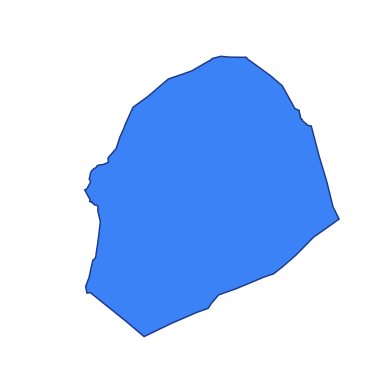 Erdenecagaan, Sühbaatar, Mongolia (orthographic projection), rotated 158°
{"feature_id": "93677404B19681848213060", "entity_name": "Erdenecagaan", "entity_type": "district", "adm_level": 2, "iso_a3": "MNG", "parent_name": "Mongolia", "parent_adm1": "Sühbaatar", "projection": "orthographic", "projection_center": [115.133, 46.001], "detail": "fine", "context": "isolated", "style": "filled", "palette": "blue", "viewbox_px": 384, "rotation_deg": 158, "n_neighbors": 0, "source": "geoboundaries", "source_scale": "gbopen_adm2", "svg_char_len": 2417}
<svg xmlns="http://www.w3.org/2000/svg" viewBox="0 0 384 384"><g transform="rotate(158 192 192)"><path d="M63.8,220.4L63.8,220.7L63.7,220.9L63.7,221.0L63.5,221.4L63.5,221.5L63.4,221.7L63.2,221.8L63.0,222.0L62.9,222.2L62.8,222.3L62.8,222.5L62.9,222.8L63.1,223.3L62.9,223.5L62.9,223.8L62.9,224.0L62.8,224.4L62.8,224.6L62.7,224.8L62.7,225.1L62.6,225.5L62.6,225.9L62.6,226.0L62.4,226.5L62.2,226.9L62.1,227.3L62.2,227.5L62.3,227.7L62.3,227.8L62.4,228.0L62.5,228.1L63.1,228.3L63.4,228.5L63.4,228.8L63.5,228.9L63.5,229.0L63.9,229.2L64.1,229.4L64.2,229.5L64.8,230.3L65.0,230.6L65.3,230.7L65.4,231.1L68.5,256.6L75.8,270.7L90.5,294.2L91.3,296.7L92.1,297.0L95.7,298.4L100.7,300.5L107.5,303.4L114.4,307.0L118.7,307.6L122.1,308.1L123.6,308.1L124.1,307.7L124.3,307.7L124.5,307.6L124.8,307.6L124.9,307.4L125.0,307.3L125.1,307.2L125.3,307.1L125.5,307.0L125.9,307.1L126.0,307.1L126.3,307.2L126.6,307.2L127.1,307.2L137.2,305.8L146.8,304.4L153.3,304.7L156.2,304.8L168.6,305.5L171.7,305.6L180.2,302.8L189.6,299.6L197.9,296.9L208.0,294.4L215.0,292.6L219.4,288.4L222.7,285.2L228.3,279.9L232.0,275.9L238.2,270.0L243.1,264.1L246.0,260.7L254.8,256.3L257.3,254.8L258.3,251.1L259.5,250.7L263.7,250.8L265.3,250.9L266.0,251.3L267.2,251.7L270.2,251.9L271.3,250.7L274.1,250.4L277.2,249.2L279.1,247.5L281.8,243.2L282.5,242.6L282.0,239.9L282.6,239.1L283.9,237.9L285.8,236.4L288.2,234.3L290.7,234.1L290.0,228.2L289.6,224.9L289.4,223.3L290.4,221.4L290.2,221.1L288.7,220.6L288.5,220.2L288.8,219.8L287.9,218.4L287.4,216.7L285.0,215.3L284.7,213.5L286.4,209.8L286.9,206.4L288.1,198.9L289.8,195.7L294.6,186.9L298.5,180.0L303.3,171.9L305.2,168.5L306.0,167.5L307.0,166.8L308.2,166.1L309.5,165.9L312.3,161.8L315.1,157.8L319.5,151.3L326.0,144.2L327.3,137.7L323.9,136.7L316.5,123.5L301.6,96.8L290.6,75.9L260.5,77.9L247.6,78.2L233.2,78.6L220.5,78.1L216.3,81.1L206.0,86.6L185.8,85.8L157.7,86.2L147.0,85.6L137.2,88.4L119.1,94.6L96.2,104.6L79.9,108.4L65.8,111.8L66.8,125.5L63.2,150.7L60.7,177.6L56.7,208.5L60.2,210.8L60.2,211.2L60.2,211.4L60.2,211.6L60.3,211.8L60.4,212.1L60.5,212.2L60.5,212.4L60.7,212.7L60.9,213.1L61.2,213.4L61.6,214.0L61.7,214.3L61.8,214.5L61.9,215.0L62.1,215.4L62.3,215.7L62.4,215.8L62.5,216.0L62.6,216.4L62.7,216.6L62.8,216.7L62.8,216.8L62.7,217.2L62.6,217.4L62.6,217.6L62.8,217.9L63.2,218.3L63.2,218.5L63.1,218.9L63.2,219.2L63.2,219.5L63.4,219.6L63.5,219.7L63.6,219.8L63.8,220.4Z" fill="#3b82f6" stroke="#1e3a8a" stroke-width="1.5"/></g></svg>